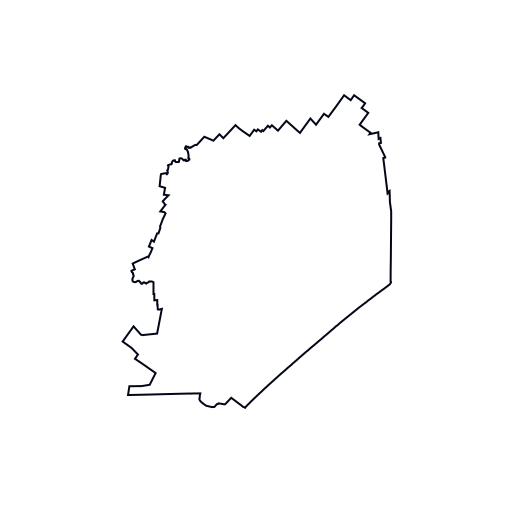 the district of San Fernando, Tamaulipas, Mexico, rotated 36°
{"feature_id": "50627088B9132255009494", "entity_name": "San Fernando", "entity_type": "district", "adm_level": 2, "iso_a3": "MEX", "parent_name": "Mexico", "parent_adm1": "Tamaulipas", "projection": "natural_earth1", "projection_center": [-98.052, 24.872], "detail": "fine", "context": "isolated", "style": "outline", "palette": "ink", "viewbox_px": 512, "rotation_deg": 36, "n_neighbors": 0, "source": "geoboundaries", "source_scale": "gbopen_adm2", "svg_char_len": 5856}
<svg xmlns="http://www.w3.org/2000/svg" viewBox="0 0 512 512"><g transform="rotate(36 256 256)"><path d="M131.6,234.5L132.0,234.4L132.6,235.0L133.9,237.6L134.0,239.0L134.3,239.0L134.6,239.4L134.8,239.5L135.3,240.1L135.9,240.7L135.8,242.3L135.6,242.3L134.9,241.8L134.7,241.8L134.4,241.9L131.1,245.4L131.3,246.2L132.0,247.5L137.0,256.2L142.4,254.3L145.4,260.6L149.5,258.3L148.8,263.4L148.4,266.6L151.8,267.7L152.4,268.1L152.6,268.0L152.4,276.2L156.0,274.4L157.8,274.7L159.0,281.3L160.5,286.5L160.9,288.3L162.1,289.5L163.8,295.0L162.7,295.9L165.0,304.4L162.1,304.4L163.0,307.9L163.8,311.3L167.6,310.5L168.6,314.4L169.3,318.6L169.6,319.7L169.2,319.5L166.0,325.0L163.4,329.6L160.7,334.6L165.8,338.0L163.9,341.2L164.0,341.4L164.3,341.6L165.0,341.9L165.4,342.1L165.6,342.1L166.5,342.1L166.9,342.5L167.1,342.6L167.4,343.2L167.5,343.2L167.8,343.3L168.5,343.7L168.7,343.9L168.9,344.3L169.0,345.1L169.4,347.0L169.9,347.6L170.0,348.0L170.8,348.7L171.3,348.9L172.0,348.9L172.4,348.8L173.1,348.5L173.6,348.2L173.9,347.9L174.1,347.7L174.3,346.9L174.5,346.6L174.8,346.2L174.9,345.8L175.2,345.5L175.7,344.9L175.9,344.9L176.4,345.1L176.8,345.1L177.1,345.0L177.3,345.0L178.1,345.5L178.5,345.5L178.8,345.5L179.5,345.8L179.9,345.7L180.1,345.6L180.3,345.2L180.4,343.8L180.7,343.3L180.8,343.1L181.2,343.0L181.8,343.1L182.0,343.0L182.1,342.9L183.0,342.9L183.4,342.6L183.5,342.6L183.5,342.3L183.6,341.7L183.8,341.5L183.9,341.3L184.1,341.2L184.5,340.2L184.5,339.9L184.6,339.6L184.6,339.3L185.3,339.0L185.4,338.9L185.7,338.6L186.0,338.3L186.5,338.1L186.6,337.9L186.8,337.8L187.5,337.6L188.5,337.5L195.4,347.0L196.0,346.5L199.8,351.6L202.0,349.7L204.7,353.4L204.9,353.2L207.9,356.9L208.9,356.5L210.9,354.1L221.6,376.9L212.0,385.5L211.5,386.1L210.9,386.5L209.2,387.3L198.3,384.9L198.4,403.6L209.3,403.5L218.4,405.1L218.5,410.3L226.7,410.0L243.6,409.7L245.7,422.7L239.9,428.5L230.1,435.8L234.2,443.7L251.8,430.3L260.1,423.9L283.1,406.3L283.7,406.1L283.9,405.9L284.1,405.6L284.5,405.3L284.6,405.2L291.7,399.9L292.2,401.1L292.3,401.2L292.5,401.7L292.7,402.2L292.9,402.4L293.1,402.9L293.3,403.2L293.7,403.6L293.9,404.1L293.9,404.5L294.1,404.8L294.5,405.2L294.8,405.4L295.1,405.6L295.7,405.9L296.1,406.0L297.3,406.3L298.2,406.4L300.6,406.5L303.1,406.4L303.8,406.4L309.0,404.2L309.3,404.0L309.3,403.9L309.9,403.5L310.7,403.0L310.8,402.9L310.8,402.7L311.0,402.5L311.0,402.3L311.2,401.9L311.2,401.2L311.2,400.6L311.4,399.5L311.4,399.0L311.5,398.7L312.2,398.1L312.3,397.8L312.3,397.7L312.2,397.5L312.3,397.3L312.6,397.1L313.0,396.9L314.3,396.2L316.8,395.0L317.5,394.6L317.9,394.4L318.0,394.3L318.0,394.1L318.2,393.9L319.3,385.3L331.9,385.5L333.8,385.6L334.5,385.6L335.4,385.2L336.4,385.2L336.4,384.1L336.8,381.0L337.1,379.4L337.5,376.5L339.6,364.9L340.1,362.7L340.4,361.0L340.5,360.7L340.5,360.2L340.6,359.7L340.9,358.0L341.4,356.1L341.7,354.2L343.4,346.2L343.5,345.8L343.8,344.3L343.9,343.6L344.4,341.4L344.6,340.7L344.7,339.8L346.0,334.2L346.3,333.1L346.6,331.7L347.1,329.4L347.4,327.8L348.7,322.7L348.7,322.2L350.5,314.6L350.6,313.8L351.0,312.2L351.2,311.3L352.0,307.8L352.3,306.5L352.8,304.3L353.6,301.5L353.9,299.9L354.6,297.0L355.4,293.9L357.4,285.6L357.6,285.0L357.8,284.0L358.0,283.2L358.5,280.8L359.4,277.4L359.6,276.5L360.6,272.2L360.8,271.2L361.4,268.9L361.6,267.9L362.1,265.5L362.5,264.6L362.8,263.5L363.0,262.2L363.9,258.5L364.7,255.6L365.0,254.4L368.5,241.4L368.8,240.3L369.7,237.0L371.6,230.7L372.4,228.3L372.8,226.5L373.5,224.3L374.1,222.3L374.4,221.3L374.6,220.6L374.8,219.7L375.2,218.7L376.0,215.7L376.7,213.9L377.4,211.6L377.7,210.5L378.1,209.3L378.7,207.6L380.9,200.3L380.7,199.7L380.8,199.0L380.8,198.3L380.5,197.6L379.8,197.4L373.4,188.5L368.0,180.8L343.4,146.3L339.1,140.4L332.5,133.5L331.3,131.9L325.8,124.8L325.6,125.3L325.6,125.7L325.8,126.0L325.9,126.3L325.9,126.9L325.9,127.0L325.9,127.4L325.9,127.5L325.9,127.8L325.8,128.2L323.5,125.7L322.4,124.5L306.5,107.4L301.4,102.0L301.4,101.9L302.7,100.4L302.6,100.2L290.2,93.5L289.4,92.5L290.6,91.1L287.3,87.4L286.4,89.2L282.2,84.0L279.1,87.6L276.3,90.7L276.3,89.0L265.0,89.0L265.0,88.9L262.7,88.9L262.7,86.1L262.7,74.2L254.5,74.2L254.6,71.3L254.5,68.3L240.9,68.3L241.0,74.3L232.8,74.2L232.9,87.9L232.8,100.6L232.8,100.9L227.4,101.0L227.4,114.5L219.2,112.8L219.2,130.6L212.0,129.9L209.3,129.6L201.1,128.8L200.1,141.7L192.0,140.9L191.7,143.9L189.1,143.6L188.5,150.6L187.1,150.5L187.1,152.5L183.1,152.5L183.0,154.9L180.3,154.9L180.3,162.6L171.7,162.8L167.0,162.7L162.5,162.2L161.0,174.5L160.3,179.9L154.9,179.0L154.1,184.9L153.8,187.7L144.1,189.9L142.8,201.1L141.6,201.8L140.0,205.2L140.0,205.6L139.7,206.0L139.6,206.3L139.6,206.5L139.5,206.8L139.3,207.0L139.2,206.9L138.9,206.9L138.8,207.2L138.3,207.9L138.1,208.0L137.9,208.0L137.1,207.4L136.6,207.7L136.4,208.0L136.1,208.3L134.9,208.3L134.9,209.5L135.1,210.3L135.6,210.9L135.9,211.0L136.2,211.0L136.3,210.8L136.5,210.7L136.6,210.4L136.9,210.3L138.2,210.8L138.6,211.2L139.5,211.6L140.3,212.4L140.5,212.4L140.7,212.7L142.1,214.0L142.4,214.4L142.9,215.0L143.0,215.1L143.0,215.3L143.3,215.9L143.6,216.3L143.8,216.6L144.7,216.4L144.9,216.5L145.1,216.7L145.3,216.9L145.2,217.3L145.3,217.4L145.3,217.8L144.9,218.9L144.6,219.3L144.5,219.5L144.4,219.7L144.0,220.0L143.8,220.2L143.4,220.3L142.9,219.8L142.8,219.5L142.7,219.4L142.0,219.8L141.9,219.9L142.0,220.3L141.9,220.6L141.7,220.8L141.4,221.1L141.2,221.1L140.8,221.0L140.5,221.0L140.1,221.0L139.7,220.8L138.7,220.8L138.4,220.9L138.2,221.0L137.3,221.5L137.0,221.8L136.8,222.2L136.9,222.4L137.2,223.1L137.4,223.4L137.6,223.6L137.7,223.9L137.8,224.2L138.3,225.1L138.3,225.3L137.4,226.1L137.2,226.2L136.5,226.7L136.2,227.0L135.9,227.1L135.6,227.1L135.2,227.0L134.4,226.8L134.2,226.5L134.2,226.3L134.0,226.2L133.8,226.4L133.7,226.5L132.8,227.7L132.8,228.0L132.9,229.6L133.0,229.8L133.1,230.1L133.4,230.5L133.5,230.9L133.7,231.4L133.6,231.5L133.0,232.0L131.5,234.1L131.6,234.5Z" fill="none" stroke="#020617" stroke-width="2"/></g></svg>